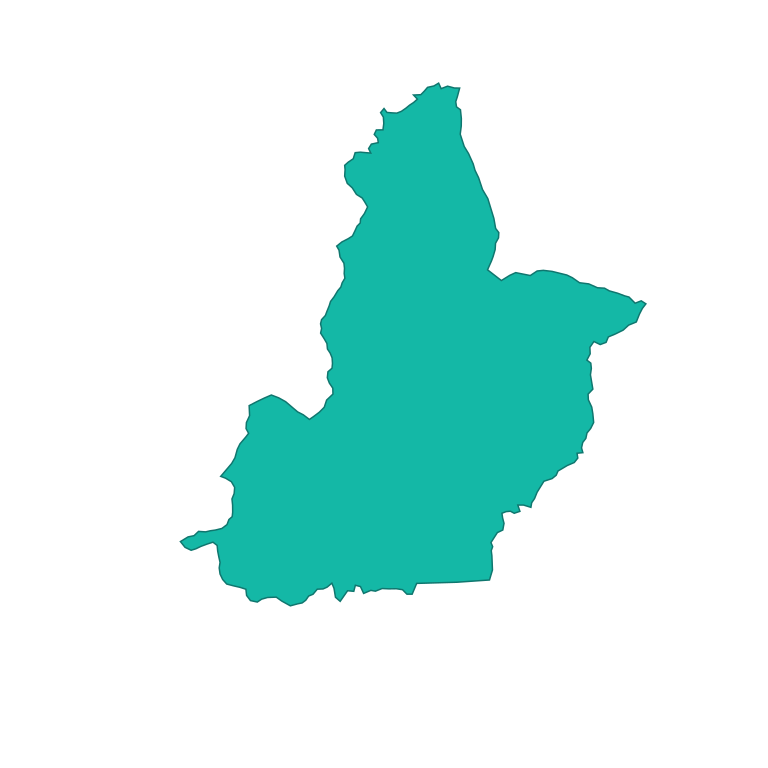 Brasilândia do Tocantins, Tocantins, Brazil (Albers equal-area conic projection), rotated 323°
{"feature_id": "56859067B19084038387208", "entity_name": "Brasilândia do Tocantins", "entity_type": "district", "adm_level": 2, "iso_a3": "BRA", "parent_name": "Brazil", "parent_adm1": "Tocantins", "projection": "albers", "projection_center": [-48.445, -8.274], "detail": "fine", "context": "isolated", "style": "filled", "palette": "teal", "viewbox_px": 768, "rotation_deg": 323, "n_neighbors": 0, "source": "geoboundaries", "source_scale": "gbopen_adm2", "svg_char_len": 3519}
<svg xmlns="http://www.w3.org/2000/svg" viewBox="0 0 768 768"><g transform="rotate(323 384 384)"><path d="M147.0,470.2L147.0,476.6L151.6,481.9L156.8,482.2L162.5,484.4L169.7,489.4L171.7,495.8L175.7,504.8L182.7,507.6L186.9,509.6L191.4,509.6L196.2,508.0L200.8,509.2L207.2,507.7L212.0,511.0L216.3,512.0L222.5,511.7L221.1,517.1L216.9,525.1L218.2,531.2L230.5,527.2L235.1,531.4L240.0,527.5L243.3,531.6L241.7,539.0L249.3,540.9L252.5,544.3L259.4,546.2L264.7,550.6L270.6,554.9L275.0,559.4L275.8,565.6L280.0,568.8L290.1,562.9L322.8,586.1L350.3,604.0L358.7,597.8L366.8,586.1L369.4,581.6L372.9,579.3L374.0,575.0L379.1,573.1L385.1,570.9L391.0,572.1L396.0,567.5L398.1,562.4L400.4,558.2L404.7,559.4L408.4,561.7L410.2,565.6L415.9,567.5L418.0,561.2L422.6,564.7L427.1,570.9L430.5,567.7L435.3,566.1L441.1,562.6L453.2,557.9L461.3,560.7L466.6,560.5L470.6,558.2L481.4,559.4L488.7,561.2L494.2,559.8L496.5,555.5L501.5,558.5L503.3,553.9L507.5,550.3L512.5,548.9L516.6,545.3L522.3,543.9L528.3,540.9L532.9,533.4L536.0,527.5L537.7,519.6L540.9,514.9L547.7,513.8L554.4,500.9L559.0,496.3L561.7,491.8L560.4,487.0L566.8,484.0L570.5,478.6L577.2,476.4L580.4,482.6L586.4,484.4L591.5,481.4L599.0,483.3L607.5,484.9L614.8,484.2L622.8,486.3L630.1,481.9L635.9,479.1L641.4,477.6L639.5,472.4L633.2,470.6L632.0,462.0L629.2,458.4L625.3,452.2L619.9,445.1L617.8,440.2L612.4,435.6L607.8,427.3L601.1,420.8L598.4,412.5L595.6,407.0L586.0,395.2L579.6,389.1L574.3,385.9L566.1,385.4L556.2,374.3L549.8,372.9L540.0,372.0L535.4,355.1L543.9,350.4L547.8,347.9L553.6,343.6L557.8,338.7L563.4,336.2L566.8,332.2L566.8,326.9L571.4,317.9L578.5,298.4L579.7,288.0L583.7,276.2L585.3,268.1L587.7,261.9L590.2,250.8L591.0,242.6L595.2,230.4L601.0,224.4L605.5,218.6L610.1,211.0L608.7,206.3L611.2,201.7L615.6,198.6L622.5,193.2L618.4,190.0L614.0,184.4L607.4,182.5L608.7,176.6L603.2,176.0L597.3,173.3L592.3,174.4L587.5,175.1L581.5,171.0L582.1,176.6L577.0,177.0L572.2,176.7L567.6,176.9L562.0,176.7L557.3,175.4L553.6,172.3L549.8,168.9L549.8,164.0L544.6,165.2L544.1,170.5L540.6,175.8L536.1,180.4L530.8,176.5L526.4,178.8L526.8,183.9L524.7,187.8L518.3,184.8L513.4,186.7L512.4,191.6L508.7,188.3L504.6,184.6L500.2,181.9L495.0,185.6L489.0,185.3L484.2,185.7L481.9,189.4L477.7,194.3L475.4,201.7L476.7,208.2L476.1,216.1L478.5,222.2L478.2,226.9L477.5,232.7L470.9,236.1L464.7,238.0L461.9,241.1L457.6,241.7L453.2,244.1L447.9,246.8L442.8,246.4L435.9,245.2L429.2,245.4L428.6,250.1L425.3,256.1L424.7,263.4L422.1,267.8L418.7,271.8L416.4,276.0L411.5,278.0L407.9,280.6L403.1,281.7L396.7,284.3L391.0,285.9L387.1,288.7L382.7,291.3L378.4,294.0L372.9,295.0L369.5,297.8L367.6,302.1L364.0,305.2L363.5,311.6L362.8,317.3L359.9,322.0L359.6,326.9L358.3,331.9L355.2,336.6L352.0,340.1L346.6,340.5L342.5,344.9L340.9,350.4L340.6,356.5L337.2,361.3L333.0,361.8L328.5,362.3L322.3,366.6L315.4,367.6L308.3,367.6L303.1,367.4L301.0,360.0L298.2,354.2L294.8,338.9L291.6,331.7L287.4,325.0L280.0,323.2L272.1,321.6L263.3,320.1L257.6,328.4L250.9,332.0L247.0,336.6L246.2,341.9L242.0,343.1L233.0,345.1L227.5,347.9L220.6,353.2L214.5,355.8L198.0,359.5L200.8,363.9L203.3,370.2L202.5,376.7L198.4,381.3L193.4,384.3L190.2,389.6L186.0,395.3L182.9,398.6L178.6,398.9L174.0,401.8L167.6,401.8L161.3,399.1L157.2,396.8L152.5,394.7L147.2,390.1L141.0,390.8L135.5,388.2L126.6,387.3L126.8,394.7L129.9,400.7L134.6,402.4L140.1,403.5L146.4,405.4L152.2,407.4L153.6,412.5L150.6,417.4L148.1,422.5L145.7,427.8L141.7,431.7L138.7,437.1L137.5,443.0L138.0,449.1L142.4,454.7L146.6,459.7L150.2,464.8L147.0,470.2Z" fill="#14b8a6" stroke="#0f766e" stroke-width="1.5"/></g></svg>